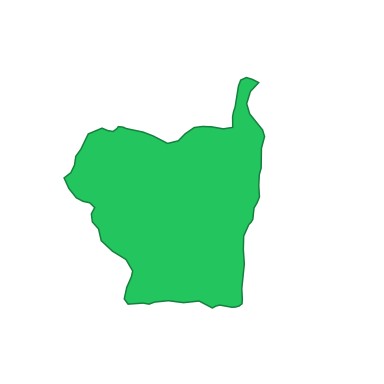 outline of Isparta, rotated 135°
{"feature_id": "TUR-2275", "entity_name": "Isparta", "entity_type": "Province", "adm_level": 1, "iso_a3": "TUR", "parent_name": "Turkey", "parent_adm1": "", "projection": "orthographic", "projection_center": [30.888, 37.933], "detail": "fine", "context": "isolated", "style": "filled", "palette": "green", "viewbox_px": 384, "rotation_deg": 135, "n_neighbors": 0, "source": "natural_earth", "source_scale": "10m", "svg_char_len": 1124}
<svg xmlns="http://www.w3.org/2000/svg" viewBox="0 0 384 384"><g transform="rotate(135 192 192)"><path d="M259.6,95.6L264.1,109.9L276.2,119.7L285.6,131.9L296.4,140.7L301.6,143.0L305.2,148.1L316.5,157.9L315.5,164.3L305.6,170.7L294.8,174.9L289.8,178.1L286.4,190.9L290.1,206.3L290.6,221.8L284.2,231.9L283.6,241.3L278.6,247.7L271.8,249.8L271.9,256.6L275.7,262.5L277.9,269.7L276.6,281.4L272.5,292.4L264.0,291.3L256.1,294.1L248.9,299.4L240.4,300.8L224.3,306.4L210.5,300.8L208.2,295.1L205.0,290.6L200.3,289.9L197.9,290.3L195.0,286.8L193.6,283.3L184.2,268.9L180.0,259.5L174.9,243.6L165.5,237.9L155.7,238.0L144.8,236.0L138.1,230.8L132.1,224.3L125.2,214.5L117.5,208.9L110.2,216.4L106.0,219.3L101.4,221.6L84.2,234.1L78.4,236.7L72.6,234.5L69.6,228.8L67.5,222.2L79.6,221.8L90.9,215.8L96.0,206.4L98.2,186.0L101.5,179.9L112.0,173.8L126.1,160.1L132.1,156.7L140.2,149.4L147.8,140.8L153.5,138.4L159.5,136.8L168.3,129.7L171.5,128.9L174.9,128.8L186.6,124.3L196.4,115.0L205.9,104.1L225.1,88.5L232.6,80.2L235.7,77.6L239.4,78.1L242.6,79.9L245.3,82.3L252.3,92.4L255.7,94.4L259.6,95.6Z" fill="#22c55e" stroke="#15803d" stroke-width="1.5"/></g></svg>